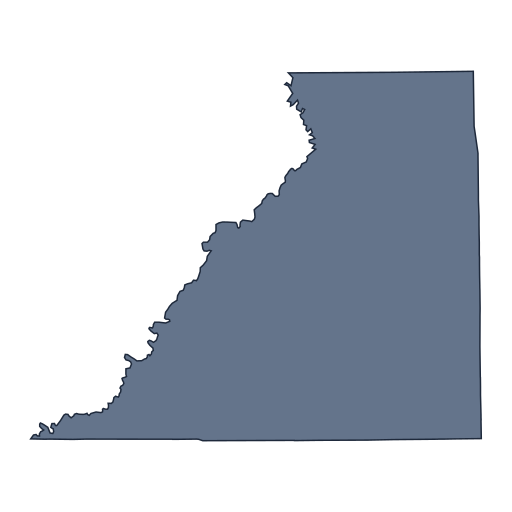 the district of San Juan, Utah, United States of America
{"feature_id": "52423323B48895226682919", "entity_name": "San Juan", "entity_type": "district", "adm_level": 2, "iso_a3": "USA", "parent_name": "United States of America", "parent_adm1": "Utah", "projection": "orthographic", "projection_center": [-110.349, 37.749], "detail": "fine", "context": "isolated", "style": "filled", "palette": "slate", "viewbox_px": 512, "rotation_deg": 0, "n_neighbors": 0, "source": "geoboundaries", "source_scale": "gbopen_adm2", "svg_char_len": 4140}
<svg xmlns="http://www.w3.org/2000/svg" viewBox="0 0 512 512"><path d="M168.7,307.7L167.9,309.1L165.6,312.2L164.8,316.8L164.6,318.0L166.0,319.2L168.2,319.2L169.5,319.8L169.8,321.3L168.6,321.8L165.6,323.0L158.9,322.2L154.7,322.2L153.4,324.5L153.3,326.1L152.5,327.9L151.1,327.7L149.7,327.4L149.0,328.2L149.0,328.8L150.9,331.0L154.3,333.6L156.9,333.1L158.2,335.1L157.5,336.8L156.8,339.2L156.0,340.6L153.5,342.3L151.1,340.9L149.4,340.3L147.8,341.5L148.0,342.8L149.8,345.2L151.5,346.8L152.9,348.0L153.3,350.4L151.7,351.9L151.4,354.0L149.9,355.7L149.0,354.5L147.4,355.2L147.3,357.0L146.2,358.6L144.5,359.0L141.7,360.7L136.9,360.9L134.0,358.8L131.3,357.2L127.6,354.6L125.3,354.4L124.5,357.5L126.0,359.9L128.8,360.6L130.6,361.8L131.5,364.0L130.0,367.9L125.9,368.8L125.9,374.2L126.5,376.5L124.7,377.4L123.0,377.8L122.0,378.4L122.6,380.5L123.5,382.0L123.8,383.6L122.7,385.3L120.9,386.2L120.0,388.1L121.0,389.3L120.6,392.0L119.2,394.1L119.2,395.4L118.4,397.0L117.2,396.8L115.6,396.2L113.9,397.6L113.6,399.3L112.9,402.0L111.2,403.5L110.2,403.3L108.1,403.3L108.5,405.4L108.4,407.5L107.5,409.2L105.5,409.2L104.3,408.8L103.3,408.5L102.5,409.3L102.7,410.1L102.5,411.9L101.0,412.6L99.2,412.4L96.0,412.0L90.9,413.5L89.2,415.4L87.6,414.5L87.0,413.3L85.1,414.1L83.4,414.4L78.8,414.2L76.6,413.5L74.4,414.3L73.8,415.8L71.1,417.8L69.0,416.0L68.0,414.4L65.6,414.1L63.9,415.1L60.5,420.6L56.9,425.4L56.0,425.7L55.0,424.8L54.5,423.5L51.9,423.6L51.3,425.6L50.8,427.4L52.4,428.5L53.2,428.8L53.7,431.6L52.8,433.5L50.1,433.0L49.5,431.6L47.8,427.3L44.3,425.0L42.5,423.9L40.4,423.0L39.7,424.1L39.7,426.4L41.7,428.6L43.7,430.0L42.5,430.9L40.7,431.7L39.4,433.9L39.5,436.0L37.3,435.9L36.1,434.5L33.5,435.0L30.7,438.9L44.8,439.2L49.4,439.1L73.0,439.4L86.2,439.1L147.9,439.2L172.3,439.2L172.4,439.3L177.5,439.3L196.8,439.1L198.7,439.3L202.7,440.7L290.4,440.4L294.5,440.4L294.5,440.6L319.0,440.3L367.8,440.1L393.3,439.6L415.6,439.4L416.2,439.4L437.3,439.2L437.7,439.2L438.6,439.1L441.9,439.1L444.4,439.1L454.7,438.9L481.3,438.6L481.0,420.6L481.1,420.1L481.0,417.3L481.0,414.9L480.9,411.6L480.9,411.0L480.5,395.0L480.5,389.0L480.5,386.8L480.4,377.4L480.3,377.2L479.9,346.6L480.0,319.8L480.0,316.0L480.1,308.5L479.9,290.5L479.8,287.2L479.8,285.7L479.6,275.4L479.5,264.3L479.5,263.9L479.5,257.2L479.3,254.8L479.3,242.6L479.1,233.8L479.1,232.3L479.0,224.8L479.0,222.8L479.0,216.4L478.4,200.0L478.4,194.4L478.4,193.8L478.0,156.2L478.0,153.3L475.2,133.7L474.1,126.3L473.3,71.3L393.8,72.3L288.4,72.9L292.9,77.7L291.0,85.7L286.7,82.7L284.8,84.5L288.2,85.8L292.7,93.4L287.3,101.1L290.9,102.2L290.5,106.1L293.3,104.6L297.5,100.1L298.5,103.2L296.5,106.2L296.7,109.2L301.2,111.9L302.5,108.5L304.7,109.5L302.9,112.8L300.1,114.7L301.0,117.6L303.8,120.2L303.5,124.5L306.6,125.7L306.0,129.8L307.7,131.6L310.8,128.8L312.3,132.6L309.5,134.8L312.6,135.8L314.9,138.5L309.1,140.2L309.4,142.5L315.1,144.4L312.2,148.0L315.7,149.2L306.9,156.6L307.5,158.1L307.6,158.6L306.2,162.0L301.8,163.9L300.4,167.5L297.0,169.3L295.6,170.7L294.6,170.7L293.7,169.7L293.0,168.8L291.9,168.4L290.4,169.3L289.6,170.6L288.7,171.4L288.2,172.5L287.5,173.7L286.5,174.8L285.5,176.2L284.9,177.5L285.1,179.2L285.4,180.4L285.2,182.3L283.4,183.4L281.2,185.1L280.0,187.8L279.1,190.9L279.3,194.6L278.1,196.2L275.2,196.3L274.0,195.2L272.3,193.5L270.3,193.4L268.1,193.8L266.9,194.9L266.4,196.2L264.6,198.5L263.6,199.0L262.3,200.8L261.7,203.5L260.2,204.8L258.1,206.5L256.4,207.7L254.2,209.8L254.7,213.5L255.0,217.1L254.3,219.3L251.8,221.6L249.5,221.0L244.9,220.4L242.8,220.1L240.4,222.2L240.0,225.1L240.2,226.5L238.8,228.1L237.7,227.6L237.0,224.5L235.9,222.5L231.3,222.3L227.5,222.1L222.7,222.0L218.9,222.9L216.0,224.5L216.0,228.4L216.0,230.5L215.1,232.7L213.2,233.3L210.1,236.5L209.6,239.8L207.5,242.2L204.7,242.2L203.4,242.2L202.0,243.6L202.4,245.9L202.9,248.9L204.1,250.9L207.0,251.2L209.3,250.3L211.2,250.8L210.4,251.9L207.3,256.3L206.6,260.7L203.2,265.1L200.3,267.7L200.2,271.5L198.5,276.7L197.7,278.9L196.4,280.7L196.0,280.5L193.5,280.2L191.6,282.8L187.5,283.8L184.8,284.9L184.3,287.8L183.2,290.3L180.0,291.4L177.6,295.6L177.0,300.3L172.2,303.3L169.5,306.4L168.7,307.7Z" fill="#64748b" stroke="#1e293b" stroke-width="1.5"/></svg>